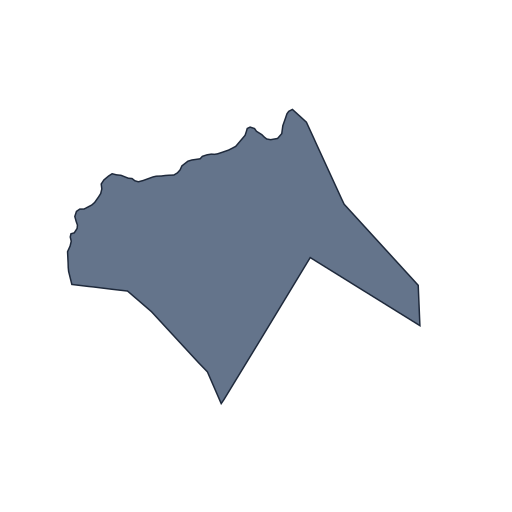 the district of Carnaubais, Rio Grande do Norte, Brazil, rotated 212°
{"feature_id": "56859067B9950716066401", "entity_name": "Carnaubais", "entity_type": "district", "adm_level": 2, "iso_a3": "BRA", "parent_name": "Brazil", "parent_adm1": "Rio Grande do Norte", "projection": "mercator", "projection_center": [-36.795, -5.268], "detail": "fine", "context": "isolated", "style": "filled", "palette": "slate", "viewbox_px": 512, "rotation_deg": 212, "n_neighbors": 0, "source": "geoboundaries", "source_scale": "gbopen_adm2", "svg_char_len": 1250}
<svg xmlns="http://www.w3.org/2000/svg" viewBox="0 0 512 512"><g transform="rotate(212 256 256)"><path d="M302.8,399.6L304.9,396.0L305.1,393.0L303.9,387.9L302.3,380.7L299.0,373.4L300.0,367.1L305.2,362.4L308.9,360.9L311.9,361.2L315.4,362.0L321.7,362.0L324.8,363.3L329.3,362.2L331.0,359.5L330.0,355.9L329.2,352.5L331.3,338.2L335.3,331.4L339.4,326.3L342.8,322.2L345.1,320.2L347.9,318.7L351.1,315.9L354.3,312.1L354.9,308.8L361.2,303.5L364.0,300.3L366.6,293.2L366.0,288.8L366.7,284.8L368.6,281.1L372.7,278.3L375.6,276.2L378.6,273.7L382.9,270.8L385.3,268.4L391.7,260.2L395.1,256.6L398.6,255.6L402.2,256.0L405.5,254.3L413.2,252.9L417.3,250.9L421.6,249.5L423.4,245.7L425.3,239.9L425.4,235.0L422.3,231.2L420.8,226.7L420.8,222.8L421.2,215.9L422.3,212.2L426.8,204.6L430.3,202.4L431.9,198.7L430.6,193.5L426.8,190.0L423.8,187.6L422.3,184.6L422.4,179.3L424.7,176.8L423.6,173.7L420.5,170.6L418.9,165.9L418.1,159.8L411.7,150.6L409.1,146.7L406.8,143.7L397.1,134.3L381.5,141.6L377.7,143.5L359.6,151.9L346.4,158.2L315.2,153.4L248.3,135.1L235.8,132.0L207.3,112.4L207.1,116.9L207.9,188.9L208.4,226.4L209.2,283.4L80.1,283.8L102.9,317.1L208.7,346.6L213.4,349.6L265.7,384.0L269.1,386.3L284.2,396.2L302.8,399.6Z" fill="#64748b" stroke="#1e293b" stroke-width="1.5"/></g></svg>